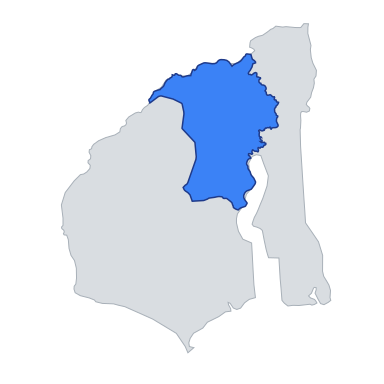 Tambacounda highlighted on a map of Senegal, rotated 266°
{"feature_id": "SEN-779", "entity_name": "Tambacounda", "entity_type": "Region", "adm_level": 1, "iso_a3": "SEN", "parent_name": "Senegal", "parent_adm1": "", "projection": "natural_earth1", "projection_center": [-13.251, 14.045], "detail": "fine", "context": "in_parent", "style": "filled", "palette": "blue", "viewbox_px": 384, "rotation_deg": 266, "n_neighbors": 0, "source": "natural_earth", "source_scale": "10m", "svg_char_len": 7986}
<svg xmlns="http://www.w3.org/2000/svg" viewBox="0 0 384 384"><g transform="rotate(266 192 192)"><path d="M305.1,173.4L310.0,183.2L309.0,187.9L307.9,194.8L310.6,199.8L313.9,203.0L316.2,206.0L318.8,210.1L319.2,218.4L318.7,224.3L320.4,226.9L321.8,230.3L321.5,233.1L320.6,235.6L317.5,238.9L317.0,245.1L322.1,252.5L325.3,256.6L325.3,258.9L326.2,261.4L328.6,264.4L330.1,263.7L331.7,261.3L332.4,259.6L336.8,260.3L338.8,261.1L341.6,266.0L342.7,269.2L343.4,273.3L346.3,278.3L348.8,281.9L349.4,284.1L351.6,287.2L350.2,293.9L350.4,297.3L348.9,306.3L348.5,310.6L348.6,312.1L352.1,315.3L351.7,319.9L348.2,319.1L342.1,318.6L329.9,320.9L325.7,320.0L317.7,320.3L312.0,321.6L304.7,324.6L299.1,323.8L296.1,321.5L292.0,321.6L287.5,320.4L282.7,318.2L278.3,317.0L273.6,312.9L271.4,312.1L269.8,313.2L268.5,314.6L267.1,315.4L264.6,314.7L263.6,311.9L264.4,309.1L264.6,307.1L263.4,306.0L260.5,305.6L255.9,305.6L248.3,304.7L246.6,304.2L229.7,303.5L212.2,303.4L197.4,303.3L178.7,303.2L165.5,303.2L153.3,303.1L143.8,308.7L133.5,314.7L119.7,317.9L103.8,316.7L98.7,317.5L93.5,320.2L89.6,322.1L84.1,323.3L77.0,322.3L74.2,322.9L72.4,320.2L70.4,315.8L71.7,312.5L76.0,310.4L82.5,307.7L85.9,309.1L87.9,309.2L88.3,307.4L87.6,306.5L82.7,304.1L80.2,301.0L78.1,302.8L76.3,306.7L74.8,307.8L72.6,308.9L71.3,306.3L70.8,303.7L71.8,301.8L71.3,290.7L71.9,284.9L71.6,279.7L74.7,276.3L77.6,274.2L89.0,274.1L99.5,273.9L109.7,274.0L120.1,274.1L121.1,263.8L124.4,263.0L129.3,262.0L138.5,260.7L148.7,259.5L150.8,257.5L152.5,254.1L153.6,251.0L155.7,249.7L158.6,250.8L162.3,252.4L166.2,254.9L170.6,257.2L173.6,258.6L180.7,262.2L192.8,267.3L202.8,269.3L214.9,265.6L223.6,263.2L224.7,258.8L223.3,254.5L216.8,250.5L208.0,251.0L205.3,252.0L201.2,253.4L198.7,253.9L194.5,253.0L189.3,249.5L185.9,246.1L181.3,244.5L175.8,242.9L167.0,235.8L162.3,234.5L158.0,234.2L149.6,235.6L141.4,239.4L137.0,247.9L128.8,247.8L111.4,247.5L95.4,247.3L82.2,247.9L80.9,241.6L77.8,236.7L72.8,232.4L71.7,228.5L73.4,225.1L78.3,222.3L79.4,220.3L76.9,220.6L73.0,222.4L70.4,222.5L70.1,217.0L65.8,210.0L61.0,198.2L55.5,193.3L51.0,183.7L46.2,180.0L41.8,178.3L38.0,178.6L36.6,183.0L31.9,176.7L38.3,174.5L52.1,166.5L68.0,143.9L82.3,117.0L84.2,110.7L85.9,105.9L87.1,94.9L89.2,88.4L91.1,87.1L93.5,82.1L96.4,73.3L99.7,68.4L103.4,67.5L106.2,67.9L108.3,69.7L114.2,70.8L124.1,71.3L131.8,70.0L137.2,66.9L144.3,65.4L153.1,65.3L157.7,64.0L158.1,61.5L159.3,60.8L161.1,61.8L162.9,61.4L164.5,59.6L166.1,59.4L167.7,61.0L175.0,61.5L188.2,60.8L200.3,65.5L211.4,75.3L217.1,81.9L217.5,85.2L219.3,88.5L222.6,91.8L225.7,92.4L228.4,90.3L230.6,90.6L232.2,93.1L235.3,93.6L238.9,92.1L241.4,92.6L241.8,94.1L242.4,94.9L244.1,95.3L246.4,97.2L249.7,102.5L252.3,109.8L254.3,119.1L257.0,124.2L260.3,125.0L262.2,126.9L262.6,129.2L263.6,130.7L265.2,131.5L268.0,131.0L271.3,134.2L274.8,141.0L275.4,144.1L274.8,145.8L275.1,147.0L277.4,148.2L279.6,150.4L281.5,153.8L285.4,156.8L291.4,159.4L295.8,163.3L298.5,168.6L304.0,172.9L305.1,173.4Z" fill="#d9dde1" stroke="#a8b0b8" stroke-width="1"/><path d="M306.0,175.5L306.4,177.3L307.4,178.3L307.7,179.2L308.1,179.9L308.9,180.3L309.8,180.5L310.3,180.5L310.1,181.2L309.8,181.7L309.7,182.1L309.8,182.8L310.2,183.1L310.7,183.3L311.1,183.6L311.1,184.6L310.8,185.2L309.8,186.3L309.4,186.9L309.3,187.6L309.3,188.3L309.1,189.0L308.7,189.3L307.7,190.0L307.4,191.1L307.6,192.4L308.2,195.0L308.3,196.2L308.2,198.9L308.9,199.0L313.7,201.1L314.1,201.9L313.9,202.6L313.1,203.0L313.5,203.8L314.0,204.6L314.7,205.2L316.7,206.0L317.4,206.6L318.0,207.5L319.9,212.6L320.0,214.0L319.6,216.4L318.5,221.1L318.5,223.6L319.0,225.2L319.8,226.2L320.8,227.0L321.7,228.3L322.0,229.4L322.0,230.6L321.7,233.1L320.9,235.8L319.2,237.9L314.7,240.7L315.4,241.4L316.1,242.6L317.2,245.0L317.9,247.2L319.0,249.3L320.0,250.5L323.0,253.0L323.3,253.4L323.8,254.3L324.1,254.7L324.6,255.0L325.1,255.1L325.5,255.3L325.9,256.0L325.8,257.1L325.0,260.4L322.0,261.0L320.2,261.5L318.8,263.3L317.4,264.4L316.4,264.4L316.0,263.0L315.7,261.7L314.4,261.2L312.5,260.6L311.0,259.6L309.5,258.7L308.1,257.4L306.6,256.4L305.3,256.9L305.3,258.3L304.6,259.2L304.9,260.3L306.4,262.4L306.7,263.9L306.0,264.9L304.6,264.9L302.9,264.6L302.3,264.9L302.0,266.4L301.5,267.1L301.2,268.2L300.6,268.3L300.0,267.8L299.2,266.7L298.0,266.4L296.6,266.7L295.9,267.4L295.6,268.3L294.5,268.5L293.9,269.4L293.7,270.7L293.1,271.9L292.2,272.6L290.5,273.2L289.3,273.0L288.5,272.4L287.8,271.9L287.2,272.4L286.2,273.0L285.2,273.0L284.1,273.2L283.3,273.9L283.3,275.3L283.6,276.7L282.9,277.8L281.7,278.7L281.2,279.8L281.2,280.8L280.4,281.0L279.7,280.7L278.6,280.5L278.1,281.0L278.0,282.1L277.2,282.5L276.3,282.5L275.8,283.0L275.8,283.7L275.4,284.6L274.3,284.2L272.9,283.2L271.7,281.7L271.0,281.7L270.0,280.7L269.0,280.1L266.1,280.1L265.1,280.7L263.9,281.4L262.8,281.4L262.4,281.9L261.9,282.8L261.0,282.8L260.1,281.9L258.7,281.4L257.2,281.2L256.4,281.2L254.9,281.8L252.7,282.6L251.6,282.3L250.6,281.0L250.4,279.4L250.5,277.6L250.3,276.1L249.2,275.5L249.2,275.2L251.3,274.3L250.7,273.6L250.8,272.8L251.0,272.0L250.8,271.2L250.5,270.6L250.7,270.0L250.6,269.7L250.4,269.5L250.0,269.3L249.7,269.0L249.5,268.7L249.4,268.4L249.1,268.5L248.7,268.5L248.5,268.3L248.4,267.7L248.3,267.3L248.1,266.8L248.1,265.9L248.3,265.4L248.7,264.8L249.2,263.8L248.7,262.9L248.3,262.8L247.7,263.1L247.1,263.5L245.1,263.0L242.9,263.0L242.5,263.4L242.0,264.8L241.4,265.1L241.7,263.8L241.0,263.5L240.0,263.9L239.2,264.3L239.0,264.7L238.7,265.4L238.2,265.5L237.5,265.3L237.2,264.9L237.4,263.8L236.5,264.6L236.5,267.8L235.3,268.5L235.3,269.0L234.7,269.0L234.3,268.9L234.0,268.6L233.8,268.2L233.7,267.8L233.6,267.3L233.5,267.0L233.2,266.8L232.5,266.5L232.0,266.1L231.8,265.7L231.7,265.4L231.9,264.7L231.9,264.3L231.9,263.8L231.7,263.6L231.4,263.4L231.1,263.1L231.0,262.9L231.1,262.6L231.6,261.9L231.7,261.6L231.7,261.2L231.2,260.9L230.5,260.9L229.3,261.2L228.9,261.2L228.6,261.2L228.3,261.1L228.0,261.0L227.6,260.8L227.5,260.5L227.6,260.3L227.7,260.0L227.9,259.8L228.0,259.6L228.2,259.3L228.2,259.0L228.3,258.6L228.2,258.2L228.3,257.9L228.3,257.6L228.4,257.3L228.6,257.0L229.5,256.0L229.7,255.7L229.8,255.4L229.7,255.2L229.0,255.0L228.2,254.6L227.6,254.5L227.3,254.6L227.1,254.7L226.6,255.0L226.3,255.1L226.0,255.1L225.7,254.7L225.5,254.4L225.5,254.0L225.6,253.8L225.8,253.5L226.0,253.2L226.1,252.9L226.1,252.3L226.3,251.7L226.3,251.3L226.2,251.1L225.9,251.0L225.3,251.0L224.8,250.9L224.5,251.0L224.3,251.2L224.2,251.4L224.1,251.8L224.0,252.0L223.8,252.2L223.5,252.3L222.9,252.4L222.5,252.6L221.8,253.0L221.7,252.8L221.4,252.3L221.1,251.2L220.8,250.6L219.9,249.8L218.7,249.1L217.4,248.6L216.3,248.4L215.6,248.5L214.5,249.2L213.9,249.5L213.3,249.6L212.4,249.5L211.9,249.5L210.8,249.8L208.4,251.3L205.4,252.0L204.4,252.5L201.5,254.6L198.5,255.8L197.6,256.1L196.6,255.9L195.4,255.3L191.6,252.2L191.2,251.8L190.6,251.2L190.3,250.3L189.6,247.7L189.1,246.5L188.4,245.5L187.4,244.6L185.2,243.4L183.0,243.2L180.9,243.9L177.7,245.9L177.1,246.2L176.4,245.9L174.2,244.4L173.9,243.9L172.9,240.0L172.4,238.8L171.7,237.8L170.9,237.0L171.1,236.2L172.0,234.3L172.7,233.3L173.4,232.5L173.9,232.2L174.5,232.1L175.2,232.1L175.5,232.0L176.0,231.7L178.4,231.1L178.7,230.9L179.9,229.8L183.0,226.4L183.1,226.2L183.2,225.7L183.3,225.0L183.3,223.9L183.5,222.8L183.6,222.7L183.8,222.6L184.2,222.4L184.7,222.1L184.9,221.8L185.2,221.3L185.6,218.8L185.6,217.8L185.5,216.6L185.1,213.9L184.8,209.2L184.6,208.2L183.9,207.0L182.7,203.1L182.8,191.6L189.3,189.8L191.7,187.8L193.3,185.7L194.2,184.8L195.0,184.3L197.2,183.5L199.4,185.9L199.9,187.1L200.8,187.9L201.7,188.5L224.3,198.2L226.9,198.7L241.1,198.4L241.7,198.1L255.4,187.0L255.8,186.7L256.3,186.5L270.4,189.4L272.6,189.4L280.4,188.3L281.1,187.9L281.7,187.1L286.0,179.7L289.9,168.3L290.0,167.7L290.0,167.3L289.8,165.9L289.4,164.9L284.0,156.6L283.8,156.2L284.4,156.1L286.0,155.5L286.8,155.4L287.3,155.6L287.7,156.0L288.4,157.0L291.3,158.9L292.2,159.7L292.7,160.1L293.9,160.4L294.5,160.7L294.9,161.3L295.2,161.9L296.4,166.8L296.4,167.4L297.1,167.9L298.9,170.3L299.8,171.2L303.1,172.9L306.0,175.5Z" fill="#3b82f6" stroke="#1e3a8a" stroke-width="1.5"/></g></svg>